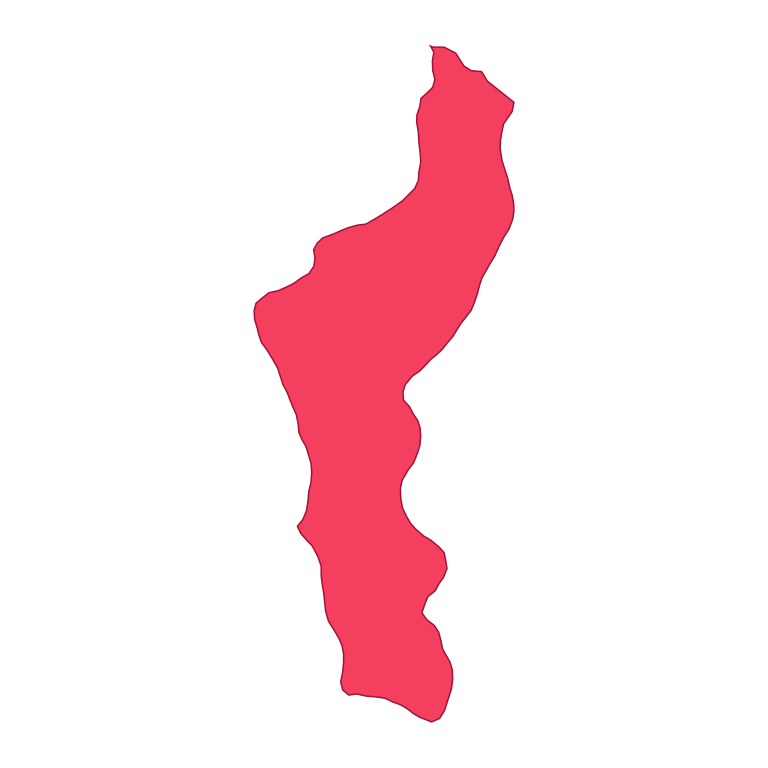 III-3 Lower West Demerara, Essequibo Islands-West Demerara, Guyana (Mercator projection)
{"feature_id": "73187651B37275521975426", "entity_name": "III-3 Lower West Demerara", "entity_type": "district", "adm_level": 2, "iso_a3": "GUY", "parent_name": "Guyana", "parent_adm1": "Essequibo Islands-West Demerara", "projection": "mercator", "projection_center": [-58.314, 6.498], "detail": "fine", "context": "isolated", "style": "filled", "palette": "rose", "viewbox_px": 768, "rotation_deg": 0, "n_neighbors": 0, "source": "geoboundaries", "source_scale": "gbopen_adm2", "svg_char_len": 2383}
<svg xmlns="http://www.w3.org/2000/svg" viewBox="0 0 768 768"><path d="M431.6,721.9L439.5,718.5L444.5,710.5L448.2,699.0L451.4,689.0L452.7,679.7L452.3,669.9L449.9,661.8L446.1,655.3L442.5,648.7L440.9,640.6L438.7,632.2L434.4,625.6L426.7,619.6L421.9,612.8L424.6,604.8L427.8,596.6L435.1,590.9L439.1,583.5L443.6,577.2L447.0,568.6L445.8,561.0L444.0,552.5L439.0,547.0L431.0,540.3L423.6,536.0L415.6,529.0L410.6,523.4L406.8,517.0L402.6,508.1L400.8,498.9L400.4,488.4L402.1,480.4L408.1,470.0L413.6,462.8L417.6,452.7L419.9,445.4L420.7,436.5L420.1,427.9L417.7,420.5L413.1,413.7L409.5,406.7L403.5,400.1L403.0,392.0L405.2,384.7L412.1,376.3L420.1,370.6L425.4,365.2L430.4,359.7L436.6,354.6L442.1,349.5L446.9,343.4L452.6,336.8L456.6,330.3L460.8,323.5L465.7,317.4L471.1,310.4L474.4,302.4L477.6,293.0L479.5,285.4L481.9,278.0L485.7,271.4L490.4,263.0L494.8,255.9L498.7,247.2L503.3,238.0L508.8,229.4L512.6,219.6L513.9,211.6L513.7,203.9L512.1,195.1L509.7,187.5L507.7,178.2L504.4,168.1L502.0,160.7L500.2,148.8L500.4,141.0L501.7,132.5L503.7,123.7L512.2,111.4L513.9,102.3L503.5,94.0L487.4,81.2L481.6,71.6L471.3,70.7L463.9,66.0L455.7,53.1L444.2,47.2L432.7,47.1L430.6,46.1L431.5,47.8L433.8,52.2L432.4,60.8L432.7,70.3L434.9,79.5L432.7,87.3L427.4,92.7L421.0,98.4L419.8,106.6L416.9,115.0L416.7,122.6L418.3,131.7L418.8,141.3L420.0,151.6L420.8,161.9L418.9,172.0L418.3,180.6L414.7,188.6L408.6,194.7L402.8,200.5L395.5,205.8L389.3,209.9L381.0,215.2L374.8,219.0L365.9,224.1L357.7,225.1L348.8,227.5L342.0,230.2L333.3,234.0L322.7,237.9L317.2,243.2L313.6,249.7L315.0,258.2L313.8,266.4L308.9,273.6L301.7,277.6L294.2,283.1L286.2,287.2L278.1,290.7L269.1,292.7L262.4,297.8L256.0,303.3L254.1,310.9L254.7,319.9L257.1,327.6L258.9,335.0L261.3,342.2L267.1,350.2L272.3,358.7L277.7,368.2L280.2,376.0L283.0,384.6L287.4,392.9L290.0,399.9L293.0,407.3L296.2,414.3L298.2,424.0L298.9,432.4L302.1,439.8L306.1,446.8L308.3,454.0L311.1,463.5L311.7,472.3L311.0,482.4L308.8,491.4L308.0,500.9L306.3,511.3L302.7,519.7L297.4,526.3L300.8,533.5L307.0,540.5L312.4,546.1L317.6,556.0L321.2,566.1L321.2,575.9L322.4,585.6L323.9,594.0L324.7,602.8L325.7,611.5L328.5,621.3L334.3,630.4L339.1,638.7L342.1,645.9L343.6,654.3L343.6,662.7L342.8,671.3L340.7,682.0L342.7,690.0L348.7,695.0L356.8,694.0L366.2,696.1L375.0,696.8L384.7,698.1L392.9,702.0L399.9,704.5L406.8,708.4L413.2,713.4L419.8,717.3L431.6,721.9Z" fill="#f43f5e" stroke="#9f1239" stroke-width="1.5"/></svg>